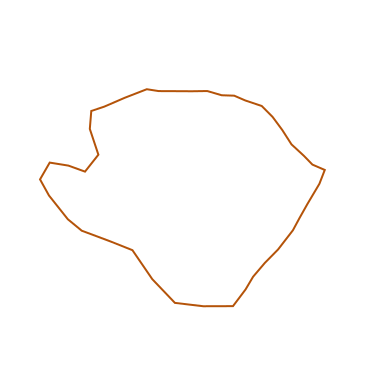 Agios Chariton, Cyprus, rotated 151°
{"feature_id": "46923920B730618297548", "entity_name": "Agios Chariton", "entity_type": "district", "adm_level": 2, "iso_a3": "CYP", "parent_name": "Cyprus", "parent_adm1": "", "projection": "orthographic", "projection_center": [33.6, 35.299], "detail": "fine", "context": "isolated", "style": "outline", "palette": "amber", "viewbox_px": 384, "rotation_deg": 151, "n_neighbors": 0, "source": "geoboundaries", "source_scale": "gbopen_adm2", "svg_char_len": 655}
<svg xmlns="http://www.w3.org/2000/svg" viewBox="0 0 384 384"><g transform="rotate(151 192 192)"><path d="M65.2,146.9L73.4,157.6L76.6,169.4L81.9,185.4L83.0,202.5L85.1,218.5L89.3,233.4L101.0,246.2L108.4,255.8L119.1,262.2L129.7,272.9L143.5,280.3L153.1,285.7L172.2,296.4L181.7,303.8L205.1,307.0L227.4,309.2L240.8,311.7L250.8,296.7L255.8,270.0L275.7,261.7L287.3,275.0L302.2,286.7L318.8,276.7L318.8,258.3L313.8,228.3L307.2,211.6L287.3,188.3L272.3,170.0L269.0,135.0L260.7,103.3L237.5,86.6L211.5,72.3L192.4,80.8L179.6,88.3L162.6,94.7L144.6,100.0L122.3,109.6L110.6,117.1L96.8,125.6L76.6,137.4L65.2,146.9Z" fill="none" stroke="#b45309" stroke-width="2"/></g></svg>